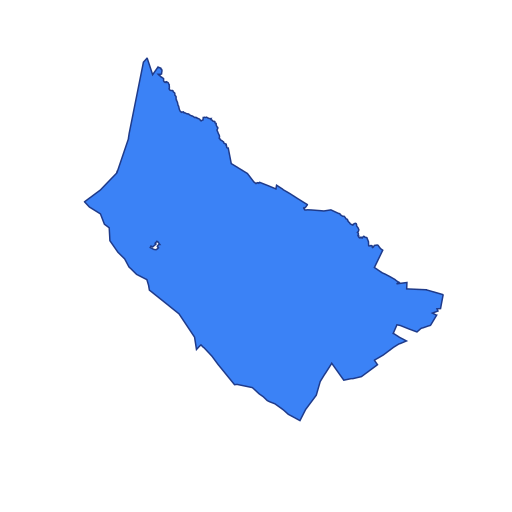 the district of Mazowe, Mashonaland Central, Zimbabwe, rotated 297°
{"feature_id": "62879985B76003628227782", "entity_name": "Mazowe", "entity_type": "district", "adm_level": 2, "iso_a3": "ZWE", "parent_name": "Zimbabwe", "parent_adm1": "Mashonaland Central", "projection": "mercator", "projection_center": [31.124, -17.263], "detail": "fine", "context": "isolated", "style": "filled", "palette": "blue", "viewbox_px": 512, "rotation_deg": 297, "n_neighbors": 0, "source": "geoboundaries", "source_scale": "gbopen_adm2", "svg_char_len": 5769}
<svg xmlns="http://www.w3.org/2000/svg" viewBox="0 0 512 512"><g transform="rotate(297 256 256)"><path d="M379.9,82.9L370.6,81.6L382.6,69.5L382.7,69.1L377.6,67.7L307.8,87.3L302.9,88.9L302.8,89.1L267.8,94.2L267.9,93.9L266.5,94.2L259.1,91.9L244.2,87.4L226.5,78.6L226.4,78.7L224.0,85.3L222.9,98.3L215.5,106.5L214.5,112.4L203.3,118.9L196.6,131.4L193.8,140.3L188.5,147.9L187.5,151.6L187.4,151.7L185.4,158.0L185.4,169.5L181.1,173.6L177.2,176.5L175.7,183.8L169.5,213.7L155.8,238.1L145.7,245.4L149.6,246.5L151.8,247.3L150.8,250.3L150.7,250.8L150.7,251.3L146.7,262.3L142.2,271.3L131.6,295.3L133.0,297.4L137.1,312.5L134.6,321.4L133.9,326.4L132.3,331.6L132.3,334.1L132.9,340.0L131.3,350.3L129.6,356.6L129.3,369.9L141.8,369.9L159.3,372.9L173.3,370.2L182.2,370.9L182.3,371.0L194.7,372.2L194.8,372.2L185.2,390.6L189.8,396.3L190.7,398.0L196.4,404.7L214.3,413.6L216.8,408.9L217.0,408.8L225.5,414.3L237.1,420.0L242.6,423.3L242.8,423.6L243.0,423.7L243.5,424.3L248.6,428.6L248.7,420.8L249.4,414.0L249.3,413.4L258.7,412.8L259.6,416.2L260.5,426.2L261.4,433.9L266.2,435.8L267.1,436.5L267.6,437.2L272.3,441.7L273.0,442.6L273.8,443.0L275.3,443.1L285.3,443.8L285.2,443.5L285.2,439.1L289.6,443.1L291.1,441.2L292.9,444.3L306.2,440.4L306.3,439.8L306.4,439.7L303.2,423.3L303.3,423.2L295.1,405.2L300.9,402.5L295.0,393.9L297.5,395.3L297.5,393.8L297.9,391.2L298.1,390.8L298.4,385.5L298.5,379.3L298.3,376.0L299.5,366.7L309.0,366.5L318.7,366.3L319.1,363.6L320.6,360.5L320.9,360.1L320.9,359.3L320.7,358.8L320.4,358.5L320.2,358.1L319.7,357.5L319.3,356.9L319.2,356.7L317.3,356.5L316.7,356.3L316.4,356.1L316.4,355.9L316.6,355.6L317.4,355.1L317.7,354.8L317.8,354.7L317.8,354.4L317.5,353.9L317.5,353.6L317.0,353.2L316.9,353.2L316.7,353.0L316.7,352.9L316.3,351.8L316.6,351.5L316.8,351.5L318.0,350.7L319.7,349.8L322.7,346.4L322.7,346.1L322.5,345.7L322.4,345.5L322.4,345.3L322.2,344.9L322.2,344.3L322.5,343.9L322.5,343.2L322.4,343.2L322.2,343.0L322.0,342.8L321.9,342.8L321.8,342.7L321.4,342.6L320.8,342.6L320.5,342.5L320.1,342.4L320.1,342.1L320.3,341.6L320.5,341.4L320.5,341.0L320.2,340.7L319.5,340.5L319.5,340.4L319.2,340.4L319.2,339.6L319.6,338.8L320.6,338.5L320.6,338.2L320.3,337.8L320.3,337.6L320.8,337.4L321.9,337.4L322.5,337.0L323.0,336.3L323.0,335.8L323.0,335.7L323.5,335.7L324.1,336.0L324.6,336.0L325.8,335.8L326.1,335.7L326.5,335.2L327.4,334.2L327.9,333.1L328.4,332.1L329.8,331.2L330.3,330.6L330.3,330.4L330.3,329.8L329.5,328.9L329.0,328.6L328.6,328.5L327.9,328.5L327.7,328.3L327.4,328.0L327.4,327.9L327.5,327.6L327.4,327.6L327.4,325.7L327.6,324.9L327.9,324.6L328.2,324.2L328.2,323.5L328.4,323.1L328.5,323.0L328.7,322.5L329.0,322.2L329.0,321.6L329.7,321.3L330.1,320.7L330.1,320.0L330.0,319.1L330.3,318.7L330.7,318.3L330.9,317.8L331.4,316.4L330.8,315.4L330.7,315.0L331.0,313.7L331.0,312.6L331.7,311.6L331.7,311.1L331.5,310.6L331.4,310.1L331.1,301.8L326.9,296.0L325.8,293.2L322.1,284.3L320.4,280.6L320.2,280.4L319.6,279.6L319.3,278.7L319.2,278.5L319.3,278.2L319.5,278.1L319.9,277.6L320.0,277.1L320.4,276.7L320.8,276.8L321.1,277.7L321.9,278.0L322.8,278.2L323.7,278.3L324.7,278.5L325.0,278.5L325.1,278.4L326.1,266.7L327.0,257.8L327.4,250.2L327.7,249.2L328.4,242.2L324.8,243.3L324.2,235.2L323.3,225.8L322.2,225.5L322.3,225.2L322.3,224.8L321.9,224.5L321.8,224.2L321.9,223.9L321.8,223.7L321.1,223.5L320.5,223.1L320.6,222.3L320.9,221.7L320.9,220.7L325.6,210.9L327.1,192.0L339.5,182.3L339.4,182.2L339.3,181.7L339.3,181.3L339.3,180.9L339.5,180.5L339.8,180.3L340.0,180.3L340.7,179.8L340.9,179.6L341.0,179.1L341.6,179.0L342.1,178.7L342.0,177.4L342.0,176.4L342.1,176.1L343.0,175.2L343.0,174.2L343.3,173.4L343.3,172.6L343.3,171.6L343.5,171.4L343.9,171.2L343.9,170.5L344.0,170.1L344.2,169.8L344.3,169.7L345.3,169.5L345.8,169.3L346.7,168.6L347.0,168.3L348.0,166.9L349.6,165.1L349.7,164.9L350.0,164.6L350.5,164.0L352.3,164.0L353.0,163.7L353.2,163.4L353.2,163.2L353.3,163.2L353.5,162.4L354.1,161.7L354.9,160.8L355.4,160.7L355.8,160.5L356.1,159.9L356.0,159.4L356.1,158.9L357.0,158.4L357.1,158.2L357.1,157.9L356.7,157.0L356.6,156.4L356.9,155.7L357.0,155.6L357.0,155.4L357.1,155.2L357.1,153.9L357.5,153.6L358.1,153.6L357.6,152.8L357.5,152.6L357.2,151.6L357.2,150.4L357.1,150.2L357.3,149.0L356.9,148.5L356.6,148.3L356.3,147.7L356.2,147.0L355.8,146.7L355.7,146.5L355.5,146.1L353.2,147.0L352.3,146.2L351.5,145.8L351.5,145.0L352.1,144.2L352.3,143.4L352.3,142.3L352.1,141.9L352.1,140.5L352.3,140.5L352.3,139.7L352.0,139.0L351.6,138.8L351.6,138.0L351.8,137.2L351.8,135.2L351.6,135.0L351.6,132.5L352.0,131.5L351.6,131.0L351.6,130.4L351.3,129.6L351.3,127.6L350.9,126.9L351.1,126.7L351.5,125.9L351.1,125.3L350.3,124.7L350.5,124.2L350.3,124.0L350.4,123.2L351.0,122.1L351.7,121.3L352.3,120.7L353.8,119.5L354.4,119.0L354.4,118.9L354.9,118.1L357.2,116.3L358.7,114.4L358.8,114.4L358.8,114.2L359.2,113.8L360.7,112.9L360.8,112.9L361.0,112.8L361.5,112.6L362.0,112.0L362.3,111.0L362.5,110.7L363.0,110.4L363.7,110.1L364.4,109.4L364.7,107.8L365.5,107.0L365.5,106.5L365.4,106.5L364.7,104.5L364.7,104.0L365.5,102.6L366.4,102.6L367.2,102.0L367.4,102.0L368.6,101.2L369.2,101.0L369.4,100.4L369.9,99.9L370.5,99.1L370.7,97.1L370.4,96.7L369.8,96.9L369.8,96.5L369.6,96.0L369.4,96.0L369.4,95.4L369.8,94.8L369.8,94.6L370.2,94.0L371.2,93.6L372.1,93.1L372.3,92.1L372.3,90.7L372.5,90.7L372.5,90.1L372.9,88.6L373.0,87.8L373.5,86.4L374.1,87.6L374.3,87.8L374.3,88.4L375.1,89.0L375.5,89.2L376.0,88.8L377.0,88.6L378.2,88.2L379.0,87.7L379.5,87.1L379.5,86.1L379.7,85.9L380.1,85.9L380.1,85.1L380.0,84.2L379.6,83.6L379.9,82.9ZM218.2,165.1L216.7,164.5L216.4,164.3L216.1,163.8L215.5,162.1L215.5,157.9L217.2,157.9L217.2,159.8L221.0,161.4L221.5,160.5L221.9,160.9L222.4,160.5L222.6,160.7L224.1,161.0L223.9,162.0L224.1,162.1L222.6,165.1L222.2,164.4L221.6,164.0L219.9,163.6L219.1,165.4L218.3,164.9L218.2,165.1Z" fill="#3b82f6" stroke="#1e3a8a" stroke-width="1.5"/></g></svg>